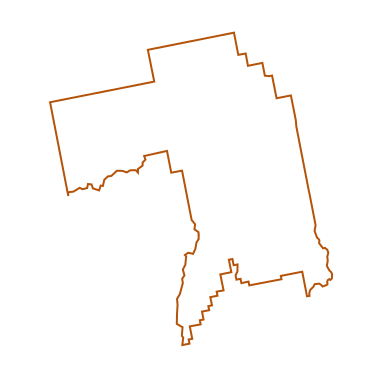 the district of Missoula, Montana, United States of America, rotated 259°
{"feature_id": "52423323B78038885777810", "entity_name": "Missoula", "entity_type": "district", "adm_level": 2, "iso_a3": "USA", "parent_name": "United States of America", "parent_adm1": "Montana", "projection": "natural_earth1", "projection_center": [-114.278, 47.116], "detail": "fine", "context": "isolated", "style": "outline", "palette": "amber", "viewbox_px": 384, "rotation_deg": 259, "n_neighbors": 0, "source": "geoboundaries", "source_scale": "gbopen_adm2", "svg_char_len": 1924}
<svg xmlns="http://www.w3.org/2000/svg" viewBox="0 0 384 384"><g transform="rotate(259 192 192)"><path d="M43.6,153.3L43.6,160.6L47.9,160.6L47.8,164.2L60.5,164.2L60.4,175.2L64.6,175.2L64.6,179.0L72.7,179.0L72.7,186.3L76.9,186.3L76.9,190.0L85.3,189.9L85.3,197.2L89.5,197.2L89.4,204.2L105.7,204.1L105.8,215.3L118.5,215.3L118.5,218.9L112.2,218.9L112.2,222.9L105.2,221.4L102.0,218.9L97.5,218.9L97.5,223.1L93.1,223.1L93.3,230.4L89.4,230.4L89.3,263.2L92.7,263.2L92.7,285.0L67.7,285.0L67.6,287.5L70.3,287.8L73.3,289.4L75.8,293.0L78.1,294.9L77.8,299.3L76.1,301.1L74.3,302.2L74.8,305.4L75.4,307.3L78.1,307.6L79.6,308.4L80.2,310.3L79.3,311.2L80.4,312.8L83.6,313.6L84.3,313.8L86.4,313.5L89.2,311.7L93.7,310.3L98.9,312.2L102.6,312.4L106.3,314.2L109.5,313.8L111.8,311.8L111.7,309.9L117.5,307.0L120.2,307.8L121.7,307.3L123.4,306.0L130.4,304.9L135.9,307.0L167.9,307.0L170.5,306.9L236.1,306.9L242.9,307.6L267.9,307.5L267.9,292.9L291.0,292.8L291.0,289.9L292.3,285.7L305.3,285.7L305.2,271.0L317.7,271.1L317.8,263.6L340.4,263.6L340.0,175.8L307.6,176.0L307.2,69.8L274.0,69.8L211.7,69.8L215.4,70.2L215.0,75.6L217.5,82.6L215.6,85.1L215.9,89.8L219.7,91.4L218.6,94.8L214.4,95.5L211.3,101.1L215.7,103.6L215.0,105.7L220.7,108.2L223.3,112.2L223.2,116.0L227.2,122.3L226.0,127.8L223.7,131.6L225.1,135.7L224.1,141.0L221.4,142.6L224.9,143.4L227.3,148.5L230.4,149.2L232.7,152.5L236.5,151.9L236.5,153.4L237.1,175.3L214.9,175.3L214.9,186.3L164.6,186.3L159.7,188.9L154.9,187.3L151.3,190.7L150.6,190.6L150.2,190.6L149.9,190.5L149.3,190.6L148.9,190.4L148.3,190.3L148.1,190.1L147.9,190.2L147.5,190.2L147.0,190.1L145.8,189.7L145.4,189.7L144.8,189.4L144.5,189.3L144.3,189.4L141.7,186.8L135.6,184.5L131.1,181.3L133.1,176.7L131.5,173.0L129.9,174.0L121.7,171.5L117.6,168.2L111.6,168.7L108.7,165.8L104.3,165.6L94.1,160.6L89.9,156.9L84.0,156.3L75.5,154.1L65.4,151.9L61.1,156.9L52.7,154.6L50.8,155.6L43.6,153.3Z" fill="none" stroke="#b45309" stroke-width="2"/></g></svg>